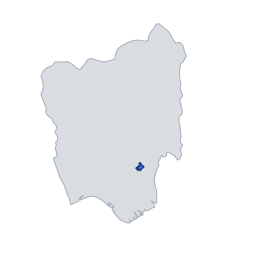 Oju, Benue, Nigeria (highlighted), rotated 338°
{"feature_id": "59680162B46226733150895", "entity_name": "Oju", "entity_type": "district", "adm_level": 2, "iso_a3": "NGA", "parent_name": "Nigeria", "parent_adm1": "Benue", "projection": "equal_earth", "projection_center": [8.388, 6.875], "detail": "fine", "context": "in_parent", "style": "filled", "palette": "blue", "viewbox_px": 256, "rotation_deg": 338, "n_neighbors": 0, "source": "geoboundaries", "source_scale": "gbopen_adm2", "svg_char_len": 4803}
<svg xmlns="http://www.w3.org/2000/svg" viewBox="0 0 256 256"><g transform="rotate(338 128 128)"><path d="M195.5,42.6L201.9,54.1L203.2,62.6L203.8,66.8L204.8,67.3L206.8,67.5L208.2,68.4L209.0,69.8L209.6,71.1L209.7,71.8L209.3,77.0L208.9,78.8L209.1,81.4L209.1,82.4L208.9,83.2L208.0,84.0L206.8,84.8L204.0,87.3L203.2,87.6L202.0,87.7L201.0,88.3L199.8,89.6L197.2,94.6L195.0,99.5L193.4,107.5L191.4,110.0L191.1,112.2L190.8,117.2L190.5,118.7L190.2,119.1L188.0,120.1L186.8,121.2L186.1,123.5L185.2,131.2L184.8,132.4L184.1,133.8L183.0,135.2L182.1,136.0L179.6,136.5L177.3,142.3L177.3,143.3L176.3,148.6L174.5,152.6L174.4,155.1L172.2,158.6L171.0,161.0L172.2,163.5L172.3,163.9L168.4,168.1L168.2,168.7L168.1,171.6L167.7,172.4L167.0,173.5L166.0,174.7L164.9,175.6L163.7,176.2L162.6,176.4L161.9,176.1L161.6,175.2L160.9,171.6L160.6,170.9L159.8,170.2L156.9,166.3L155.1,164.9L154.7,165.0L154.4,165.3L153.9,167.3L153.4,168.0L152.4,168.3L150.8,168.3L149.6,168.0L149.3,167.7L148.7,166.1L145.0,169.7L143.7,170.5L142.1,174.7L139.7,176.8L138.1,178.6L133.8,184.4L133.0,186.1L132.1,188.6L130.3,199.4L127.3,206.2L126.9,207.6L126.7,207.6L126.3,208.2L125.2,207.8L124.7,206.5L123.9,206.3L122.7,204.5L122.5,204.8L123.8,209.5L123.3,211.3L119.6,211.3L116.5,211.9L114.3,211.9L113.3,211.2L112.8,209.5L112.6,209.7L112.5,210.6L111.8,211.3L109.4,211.5L108.3,210.3L107.4,208.9L106.5,208.3L106.7,208.9L107.7,210.2L107.6,212.1L105.7,214.3L104.4,214.4L103.6,213.4L103.3,211.9L103.1,209.7L102.5,208.2L102.3,208.2L102.6,210.6L102.6,212.9L103.5,214.7L102.1,215.3L100.4,215.3L100.2,214.7L100.0,213.2L99.7,212.8L99.3,215.3L95.8,216.0L95.3,215.9L95.2,215.4L95.5,214.7L95.4,213.6L94.7,214.5L94.5,216.2L94.1,216.5L92.7,216.2L91.3,215.3L88.9,213.2L86.0,209.6L85.6,208.0L84.7,206.1L83.2,200.7L83.5,200.4L84.2,200.7L84.5,200.2L83.3,199.9L83.0,199.5L83.0,198.3L83.0,196.8L84.9,196.1L85.3,195.2L85.5,194.3L83.3,195.6L81.2,194.1L80.7,193.2L80.9,192.5L83.4,192.4L84.3,191.7L83.7,191.5L82.8,191.5L82.4,191.1L82.5,190.0L82.2,190.2L81.8,191.2L80.3,191.9L79.5,191.2L79.4,189.6L79.3,188.9L78.6,188.3L76.1,184.1L73.0,180.5L70.2,178.1L66.0,176.9L57.2,177.0L56.7,176.6L57.2,176.1L58.0,175.7L60.9,173.7L60.4,173.5L57.4,174.7L56.4,174.8L55.1,177.2L46.5,177.7L46.5,176.6L46.9,173.5L47.4,171.4L46.9,168.8L46.7,166.4L47.1,165.7L47.2,164.8L47.2,158.7L47.6,157.8L47.6,157.2L46.7,154.6L46.8,152.7L46.6,150.7L46.3,149.9L46.7,142.5L46.6,140.7L46.9,139.4L47.0,136.2L47.0,133.1L47.6,128.2L51.3,127.5L52.3,125.6L52.8,123.2L52.6,120.7L53.8,118.6L55.3,116.8L55.3,114.7L55.7,114.1L56.4,113.6L57.3,113.4L58.4,112.3L59.1,110.5L59.7,107.7L58.7,105.7L58.8,105.2L59.1,104.2L59.7,103.1L60.2,102.8L61.2,103.0L61.6,102.6L62.3,99.4L62.2,98.6L61.3,96.5L60.7,90.8L60.5,90.0L59.7,89.0L57.6,84.9L57.7,83.0L58.6,80.6L59.2,79.4L59.9,78.8L60.1,78.2L59.9,77.5L59.5,77.0L59.4,75.9L59.8,74.4L59.7,72.7L59.9,64.1L61.6,62.4L64.1,59.6L65.3,56.7L66.0,54.5L66.9,47.1L68.2,46.3L70.6,43.6L73.9,42.1L76.1,41.6L79.9,41.9L81.8,41.6L83.4,40.2L84.2,39.8L85.2,39.5L94.6,43.3L95.5,43.2L96.2,43.4L97.3,44.4L100.1,48.0L103.0,53.5L103.9,54.7L104.8,55.3L105.7,55.6L106.4,55.5L107.1,55.0L108.0,53.9L109.4,53.4L110.5,53.5L116.4,49.3L117.0,49.3L120.6,50.2L125.5,54.4L129.5,57.2L132.3,58.1L135.7,58.8L141.3,59.0L145.6,53.0L147.1,51.7L149.0,50.5L153.0,49.4L159.6,48.7L165.7,49.0L169.6,50.0L173.6,52.0L175.4,53.8L178.1,54.1L180.1,53.8L180.7,51.9L182.7,49.5L185.6,47.3L188.0,45.7L190.0,45.0L191.7,43.2L193.1,42.6L195.5,42.6ZM109.6,213.9L108.3,214.4L107.4,214.3L108.6,211.8L109.2,212.4L110.0,212.6L109.6,213.9Z" fill="#d9dde1" stroke="#a8b0b8" stroke-width="1"/><path d="M121.4,170.5L121.5,170.4L121.6,170.2L121.8,170.2L122.0,170.1L122.3,170.1L122.4,169.9L122.4,169.7L122.5,169.8L122.6,170.0L122.7,170.3L122.8,170.4L122.8,170.6L122.9,170.8L122.7,170.9L122.8,171.0L123.0,171.3L123.1,171.5L123.3,172.0L123.5,172.0L123.8,171.9L124.0,171.8L124.2,171.7L124.3,171.6L124.4,171.4L124.5,171.3L124.5,171.2L124.6,170.9L124.7,170.7L124.8,170.7L125.0,170.6L125.3,170.5L125.5,170.7L125.8,170.7L126.0,170.6L126.3,170.5L126.5,170.5L126.8,170.5L126.9,170.4L127.0,170.4L127.3,170.3L127.5,170.2L127.8,170.1L127.9,169.9L128.0,169.8L128.0,169.6L128.1,169.4L128.0,169.2L127.9,169.2L127.7,169.0L127.6,168.9L127.4,168.8L127.2,168.7L126.8,168.3L126.6,168.2L126.6,167.9L126.8,167.5L126.8,167.3L126.8,167.1L126.7,166.9L126.6,166.5L126.5,165.4L126.4,165.3L126.3,164.8L126.0,164.7L125.8,164.9L125.2,165.1L125.1,165.6L125.1,165.8L124.8,166.3L124.8,166.5L124.8,167.0L124.7,167.1L124.4,167.4L124.3,167.7L123.9,168.1L123.6,168.0L123.3,168.0L123.1,168.0L122.9,167.9L123.0,167.5L122.1,167.7L121.9,167.9L121.5,167.9L120.9,168.0L120.7,168.2L120.5,168.3L120.4,168.6L120.5,168.7L120.6,168.8L120.6,168.7L120.8,168.6L120.8,168.8L120.8,169.1L120.8,169.5L121.0,169.9L121.1,170.0L121.3,170.1L121.4,170.3L121.4,170.5Z" fill="#3b82f6" stroke="#1e3a8a" stroke-width="1.5"/></g></svg>